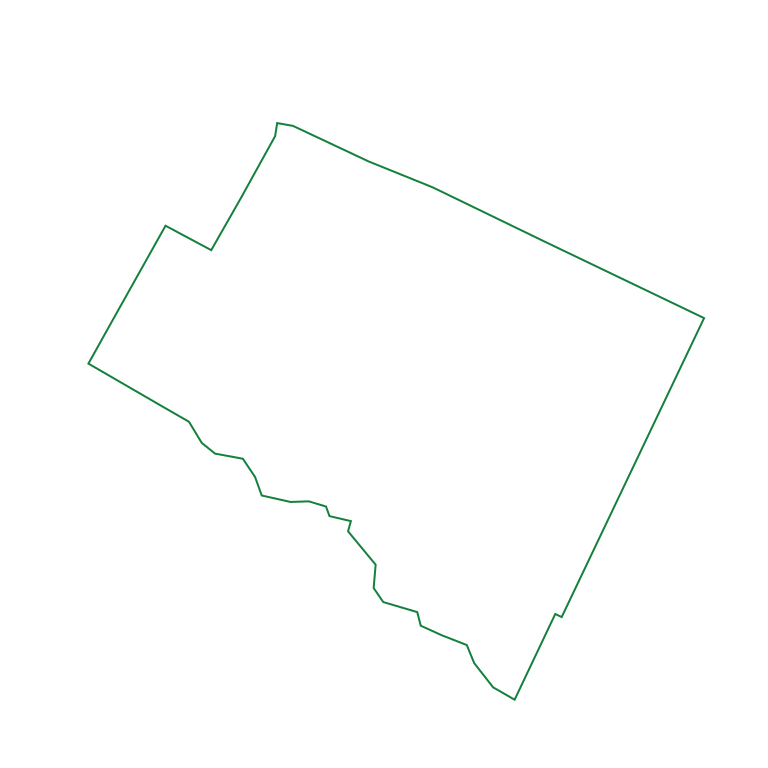 outline of Chenango, New York, United States of America, rotated 119°
{"feature_id": "52423323B14203500513931", "entity_name": "Chenango", "entity_type": "district", "adm_level": 2, "iso_a3": "USA", "parent_name": "United States of America", "parent_adm1": "New York", "projection": "albers", "projection_center": [-75.501, 42.47], "detail": "fine", "context": "isolated", "style": "outline", "palette": "green", "viewbox_px": 768, "rotation_deg": 119, "n_neighbors": 0, "source": "geoboundaries", "source_scale": "gbopen_adm2", "svg_char_len": 622}
<svg xmlns="http://www.w3.org/2000/svg" viewBox="0 0 768 768"><g transform="rotate(119 384 384)"><path d="M188.4,436.6L196.8,505.3L202.4,588.9L207.6,603.9L220.0,599.4L290.1,599.3L350.7,600.0L351.5,651.8L462.4,652.3L509.5,652.4L511.1,567.9L511.6,536.2L523.9,514.8L526.8,498.0L517.8,471.2L527.9,451.6L540.8,436.9L532.5,408.6L523.1,392.9L519.3,375.3L526.0,367.6L520.0,346.5L530.3,344.0L546.1,303.7L567.5,294.1L575.1,278.9L567.4,244.3L577.6,234.7L575.8,212.0L572.2,185.0L584.4,169.8L596.4,141.5L596.8,116.7L502.1,122.7L501.7,115.6L171.2,136.0L181.6,312.7L188.4,436.6Z" fill="none" stroke="#15803d" stroke-width="2"/></g></svg>